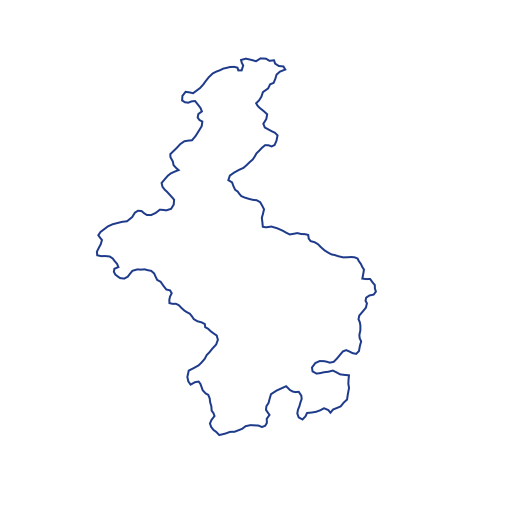 outline of Itanhomi, Minas Gerais, Brazil, rotated 46°
{"feature_id": "56859067B79875314448705", "entity_name": "Itanhomi", "entity_type": "district", "adm_level": 2, "iso_a3": "BRA", "parent_name": "Brazil", "parent_adm1": "Minas Gerais", "projection": "equal_earth", "projection_center": [-41.828, -19.148], "detail": "fine", "context": "isolated", "style": "outline", "palette": "blue", "viewbox_px": 512, "rotation_deg": 46, "n_neighbors": 0, "source": "geoboundaries", "source_scale": "gbopen_adm2", "svg_char_len": 4565}
<svg xmlns="http://www.w3.org/2000/svg" viewBox="0 0 512 512"><g transform="rotate(46 256 256)"><path d="M142.2,105.4L138.7,104.6L135.2,107.6L130.9,108.6L127.7,107.1L125.0,110.7L120.9,111.8L117.0,115.5L115.9,120.7L112.9,122.4L110.5,123.9L107.0,126.2L104.6,130.6L107.1,132.0L110.1,132.9L112.5,137.4L110.2,139.8L107.7,138.5L104.9,140.2L102.0,143.4L100.3,146.4L98.5,149.3L97.2,153.3L95.8,156.4L94.6,160.4L94.6,165.9L95.3,171.0L96.0,174.8L96.3,179.7L95.7,184.2L95.2,188.2L92.2,190.1L89.0,192.6L89.7,197.7L92.8,201.1L96.1,200.3L98.7,198.2L100.1,194.8L102.2,192.2L106.7,192.6L111.0,193.1L114.4,194.5L113.8,198.8L115.9,201.8L119.0,202.2L122.0,201.2L124.9,204.9L126.4,210.8L127.7,216.0L128.3,221.7L126.0,224.5L123.7,227.8L122.9,232.7L123.2,238.3L123.2,246.9L125.5,248.9L130.3,250.2L133.4,252.2L137.0,252.3L140.4,252.0L138.8,255.9L137.4,259.9L137.0,263.4L137.3,267.3L137.9,273.2L141.3,275.2L144.9,275.6L147.9,275.4L155.0,275.6L158.6,275.8L161.8,279.4L163.1,284.3L160.8,288.9L158.2,290.9L155.9,293.0L155.3,298.4L153.7,303.0L150.7,306.0L147.5,306.8L144.2,307.1L141.5,309.4L140.7,313.0L142.0,318.0L141.4,324.7L138.4,328.6L136.4,332.1L133.6,337.0L131.8,342.0L131.3,346.3L130.7,351.0L131.5,355.0L134.1,355.4L137.5,355.7L139.7,359.5L140.7,362.7L142.4,367.5L145.2,369.7L148.5,367.5L151.4,364.4L154.7,361.6L158.2,360.8L161.3,361.2L165.1,361.4L168.4,362.7L166.8,366.7L168.6,369.2L171.7,370.1L174.5,369.7L177.5,369.1L180.7,366.5L181.8,362.7L181.3,359.4L180.8,355.2L183.2,350.7L186.1,348.0L188.2,345.4L190.9,343.8L193.9,341.7L197.8,341.4L202.0,342.9L204.6,343.7L208.3,342.5L213.1,343.3L217.8,343.8L221.0,341.7L224.2,342.5L225.5,346.1L227.3,348.8L229.8,351.0L232.6,349.1L234.8,346.8L237.7,345.7L242.0,345.7L245.7,345.4L248.2,344.8L251.6,343.7L255.0,344.0L258.2,344.6L262.2,343.5L266.0,341.2L269.4,340.1L271.9,342.0L275.1,341.0L278.3,340.9L282.1,340.3L285.9,339.5L289.8,341.6L292.0,346.2L292.3,351.8L292.9,356.3L293.0,360.2L294.4,364.5L294.8,369.6L294.8,373.3L293.3,378.9L291.7,384.0L293.4,386.5L295.3,389.4L299.2,391.8L303.1,392.4L304.4,387.5L306.5,384.5L309.2,384.8L311.6,385.8L315.5,387.6L319.9,387.7L322.7,386.8L326.4,388.3L329.2,390.5L333.2,392.6L336.5,395.4L339.3,395.7L342.3,397.0L343.0,401.9L344.5,405.5L347.8,407.0L351.6,407.4L355.0,406.8L359.3,406.8L362.5,401.3L364.5,396.8L367.5,393.6L369.3,389.4L370.7,386.0L371.2,381.7L373.8,377.5L376.8,374.7L379.7,372.0L383.2,370.5L384.5,367.3L383.6,364.1L380.6,361.4L379.7,356.7L376.5,356.2L373.6,355.7L371.3,352.9L370.4,349.0L368.5,345.9L365.8,341.2L367.1,334.7L369.0,329.3L370.6,324.8L373.2,324.7L375.9,324.7L378.9,323.8L381.2,322.3L383.4,319.6L387.9,320.4L390.5,322.4L392.4,326.1L394.2,329.1L395.8,332.7L398.0,335.7L401.8,337.4L405.9,336.1L405.7,331.8L404.4,328.3L406.9,325.2L409.7,321.2L411.6,317.0L412.8,312.8L417.1,311.0L420.4,311.3L420.0,307.1L421.6,303.2L423.0,299.5L422.4,294.7L422.5,290.2L419.1,285.8L415.5,280.7L412.1,278.4L409.3,275.4L406.4,272.0L403.4,274.6L399.6,277.7L396.0,278.8L391.8,280.3L389.3,284.7L386.9,287.7L385.1,290.8L382.7,294.1L378.3,295.5L375.1,293.2L374.2,287.7L375.8,283.2L378.8,280.2L381.4,278.4L383.9,277.1L386.1,273.7L386.0,269.2L385.5,264.6L385.0,259.7L386.4,256.5L389.2,255.3L393.0,254.0L396.0,251.9L395.9,248.0L392.7,243.5L390.5,239.7L387.1,238.5L384.6,236.5L382.0,232.6L378.5,229.2L375.7,227.3L372.7,226.2L370.6,223.1L370.1,218.0L369.5,212.8L367.1,209.1L364.3,208.3L362.5,205.7L363.2,201.8L365.5,198.2L364.9,194.5L361.9,193.0L359.4,190.7L356.1,190.5L351.8,189.9L348.9,193.0L346.1,195.2L343.4,191.3L340.8,187.8L337.5,187.1L334.7,186.1L331.2,185.6L328.4,184.7L325.4,186.0L322.9,188.2L320.6,190.9L317.6,194.2L313.3,197.0L309.8,198.8L307.5,200.5L304.0,201.7L299.5,202.8L294.6,203.2L290.5,203.2L286.7,204.3L283.2,206.4L280.1,206.0L277.1,203.8L274.2,205.7L271.5,208.3L268.3,210.3L266.1,213.6L263.9,216.8L260.2,218.1L256.4,219.2L253.9,220.2L250.4,221.7L245.5,224.5L242.3,228.9L239.7,230.8L236.3,228.1L232.6,225.3L230.5,221.7L228.0,217.8L224.1,216.6L220.2,215.6L216.3,216.8L213.5,219.2L210.0,221.4L206.0,223.6L202.6,225.0L199.7,224.8L196.9,224.4L193.9,225.0L190.3,223.8L186.5,222.1L182.2,223.2L180.0,218.9L180.8,213.8L182.3,208.2L183.9,203.8L184.1,199.9L184.1,195.4L184.3,191.3L183.6,187.9L182.5,184.4L182.5,180.7L182.3,176.7L182.6,172.5L185.0,170.1L188.0,168.7L189.1,165.6L187.3,161.2L184.2,156.7L180.4,156.8L177.3,158.0L173.8,159.1L169.7,160.4L166.0,158.9L164.6,153.4L161.8,149.5L157.2,149.8L151.9,150.5L149.1,150.5L146.2,149.8L146.2,145.8L145.2,141.6L142.9,137.1L143.9,130.9L142.3,126.6L143.7,123.1L142.0,119.1L139.8,115.2L140.0,110.7L142.2,105.4Z" fill="none" stroke="#1e3a8a" stroke-width="2"/></g></svg>